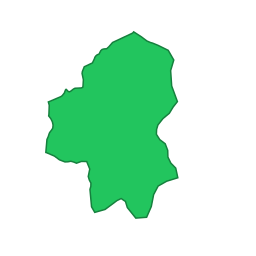 map outline of Artvin (Albers equal-area conic projection), rotated 314°
{"feature_id": "TUR-2298", "entity_name": "Artvin", "entity_type": "Province", "adm_level": 1, "iso_a3": "TUR", "parent_name": "Turkey", "parent_adm1": "", "projection": "albers", "projection_center": [41.741, 41.035], "detail": "fine", "context": "isolated", "style": "filled", "palette": "green", "viewbox_px": 256, "rotation_deg": 314, "n_neighbors": 0, "source": "natural_earth", "source_scale": "10m", "svg_char_len": 1285}
<svg xmlns="http://www.w3.org/2000/svg" viewBox="0 0 256 256"><g transform="rotate(314 128 128)"><path d="M199.5,65.4L201.1,65.3L202.9,74.4L203.7,81.0L205.1,84.8L206.1,86.6L208.3,92.1L211.8,103.0L208.7,113.7L198.9,118.8L188.6,130.2L181.3,145.2L174.4,145.9L167.3,147.5L159.1,146.6L151.0,147.4L146.9,149.5L143.2,152.8L141.7,158.9L142.5,165.7L139.5,172.1L134.8,176.9L132.5,183.2L132.3,190.2L126.8,198.4L116.6,192.8L107.2,190.0L97.9,192.7L87.7,199.3L76.7,203.4L68.6,196.2L70.3,182.8L73.4,177.2L72.5,172.1L68.2,170.5L53.5,168.1L44.2,162.7L46.0,156.5L57.4,143.3L60.2,141.8L62.6,139.6L63.7,136.3L65.5,133.1L71.9,129.0L75.2,121.6L71.6,117.7L66.9,115.4L65.8,112.6L64.4,110.0L62.0,108.3L59.8,106.2L57.5,100.8L56.7,94.6L53.6,86.4L53.3,86.0L53.3,85.9L63.4,77.7L66.4,76.6L69.0,75.3L70.3,74.8L74.4,74.3L75.9,73.8L78.1,72.0L79.9,69.3L81.1,66.0L81.6,62.5L82.8,61.7L89.7,55.5L91.4,52.6L103.9,57.9L105.4,58.2L108.9,57.9L111.9,56.6L112.8,56.6L112.9,57.2L112.8,58.4L112.8,59.7L113.3,60.7L114.7,61.2L118.1,61.7L119.7,62.2L124.4,66.6L125.8,67.2L126.9,66.5L131.7,62.4L135.3,57.1L137.0,55.9L141.7,54.0L150.1,57.2L154.3,55.8L156.0,55.0L157.7,54.8L159.3,55.0L161.0,55.8L164.7,54.7L166.5,54.8L168.2,55.8L170.2,57.6L173.0,57.8L178.8,57.5L199.5,65.4Z" fill="#22c55e" stroke="#15803d" stroke-width="1.5"/></g></svg>